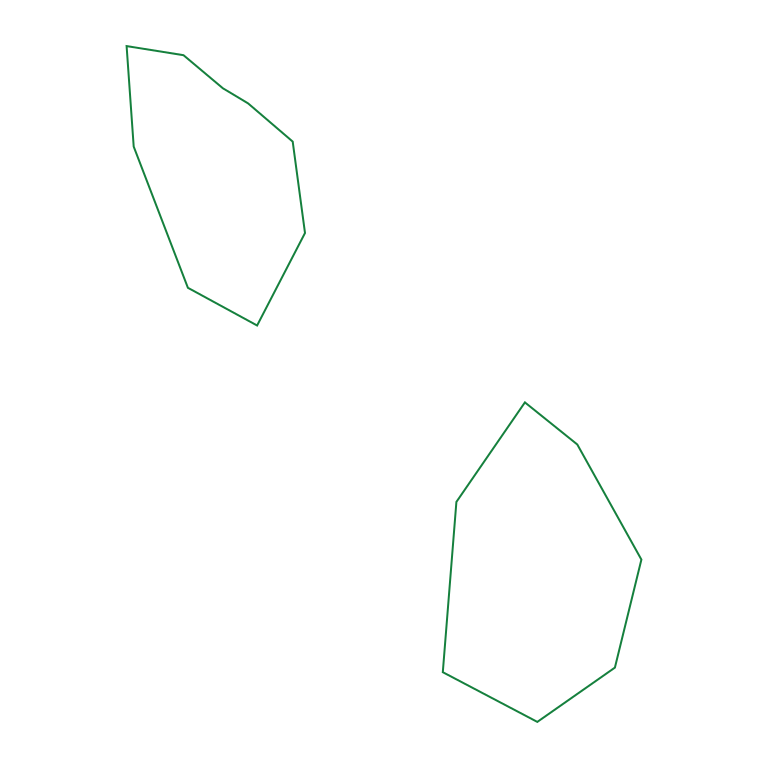 the border of Isles of Scilly
{"feature_id": "GBR-5988", "entity_name": "Isles of Scilly", "entity_type": "Unitary Single-Tier County", "adm_level": 1, "iso_a3": "GBR", "parent_name": "United Kingdom", "parent_adm1": "", "projection": "orthographic", "projection_center": [-6.319, 49.937], "detail": "fine", "context": "isolated", "style": "outline", "palette": "green", "viewbox_px": 768, "rotation_deg": 0, "n_neighbors": 0, "source": "natural_earth", "source_scale": "10m", "svg_char_len": 341}
<svg xmlns="http://www.w3.org/2000/svg" viewBox="0 0 768 768"><path d="M524.9,402.4L577.3,444.5L641.4,559.6L614.9,667.6L537.3,721.9L442.8,672.2L456.4,501.9L524.9,402.4ZM248.1,103.4L292.7,141.6L305.0,233.0L257.1,325.5L187.9,287.8L133.7,146.6L126.6,46.1L183.5,55.2L222.9,88.3L248.1,103.4Z" fill="none" stroke="#15803d" stroke-width="2"/></svg>